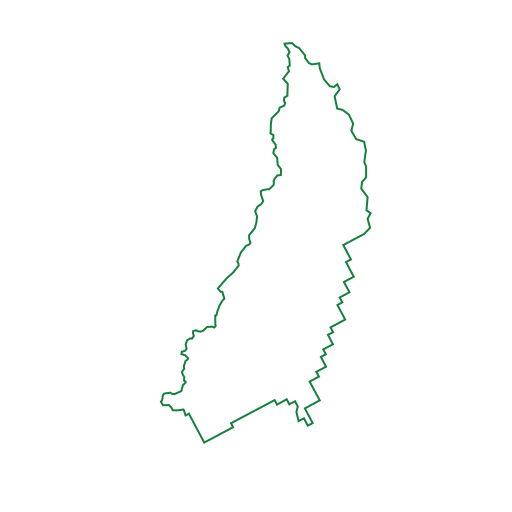 Mineral, Montana, United States of America (Mercator projection), rotated 62°
{"feature_id": "52423323B81681385267576", "entity_name": "Mineral", "entity_type": "district", "adm_level": 2, "iso_a3": "USA", "parent_name": "United States of America", "parent_adm1": "Montana", "projection": "mercator", "projection_center": [-115.085, 47.096], "detail": "fine", "context": "isolated", "style": "outline", "palette": "green", "viewbox_px": 512, "rotation_deg": 62, "n_neighbors": 0, "source": "geoboundaries", "source_scale": "gbopen_adm2", "svg_char_len": 2496}
<svg xmlns="http://www.w3.org/2000/svg" viewBox="0 0 512 512"><g transform="rotate(62 256 256)"><path d="M115.6,109.7L113.0,116.8L110.5,118.7L104.2,119.7L102.0,118.5L92.6,120.3L89.6,122.6L84.9,124.2L81.9,131.1L84.6,131.5L87.7,130.5L91.8,130.7L93.9,134.1L97.7,134.1L103.7,136.8L104.1,139.3L108.4,140.2L112.2,148.8L118.8,147.1L129.3,153.1L129.4,156.7L132.2,158.5L134.7,158.4L136.5,160.6L136.1,165.5L138.9,168.0L141.8,177.6L147.1,181.3L152.9,184.5L154.4,185.7L157.4,183.9L160.2,185.4L160.3,186.6L161.5,187.3L167.2,186.4L169.9,187.8L170.3,190.0L173.3,192.4L179.3,191.2L185.8,194.1L191.1,193.1L196.2,196.1L194.9,199.4L196.7,203.4L198.2,205.4L199.4,205.6L201.6,207.2L203.3,213.2L202.3,214.8L200.9,219.7L201.1,221.5L204.4,222.8L211.0,223.9L212.7,227.2L213.1,231.4L216.0,235.7L221.6,236.5L226.5,239.9L230.7,243.8L232.8,248.5L234.5,252.4L237.9,254.1L241.9,254.7L242.6,256.6L242.4,260.1L245.8,267.7L252.1,275.1L254.2,275.0L256.3,275.8L259.7,283.4L262.1,292.9L263.8,297.3L266.8,304.9L270.9,304.1L271.8,302.5L278.9,304.0L279.4,306.2L282.7,311.6L287.2,316.6L289.8,318.8L289.4,319.9L297.0,323.9L298.9,324.5L299.5,326.5L298.0,327.6L295.7,332.4L297.2,338.2L296.6,340.7L295.0,342.9L293.6,343.6L292.7,346.5L294.5,347.9L297.4,348.4L298.9,351.3L297.8,353.0L298.2,356.6L301.2,359.7L305.3,360.8L306.4,363.3L305.7,366.4L307.6,367.9L310.6,365.0L314.4,364.0L315.3,365.0L315.6,367.5L319.6,371.6L321.7,372.2L323.5,375.8L326.6,376.4L329.1,376.1L332.2,378.0L334.0,377.1L334.7,377.6L335.7,381.2L340.2,385.3L339.7,392.6L338.1,395.1L336.4,396.0L334.4,401.6L335.1,403.5L339.2,406.5L340.0,408.4L344.2,408.1L346.6,402.9L350.4,401.8L353.0,401.9L355.0,398.8L357.5,392.1L358.3,392.1L363.7,393.0L363.7,389.3L396.4,389.3L396.4,356.6L391.9,356.6L392.0,307.2L397.1,307.2L396.9,296.2L402.6,296.2L402.6,289.7L408.5,289.8L412.8,293.6L421.8,295.9L421.8,289.9L430.1,289.9L430.1,284.4L413.5,284.4L413.4,267.5L392.0,267.6L392.1,257.1L386.6,257.1L386.6,246.1L375.6,246.1L375.6,240.5L370.0,240.5L370.1,229.5L359.4,229.5L359.4,223.7L354.0,223.7L354.0,207.1L337.5,207.1L337.5,201.6L331.9,201.6L331.9,190.5L320.2,190.6L320.2,179.4L303.6,179.4L303.6,173.8L287.3,173.8L287.3,150.2L284.6,142.0L275.6,140.0L272.0,134.7L267.5,137.0L256.4,129.8L245.9,131.4L240.4,127.6L238.3,121.9L228.8,116.8L223.9,116.3L214.5,109.4L205.9,106.9L199.8,112.7L190.1,113.0L184.8,108.1L174.8,107.6L167.6,111.0L163.9,115.1L151.9,111.6L148.1,103.8L142.5,103.6L143.4,107.9L140.6,111.2L132.0,113.0L120.0,111.5L115.6,109.7Z" fill="none" stroke="#15803d" stroke-width="2"/></g></svg>